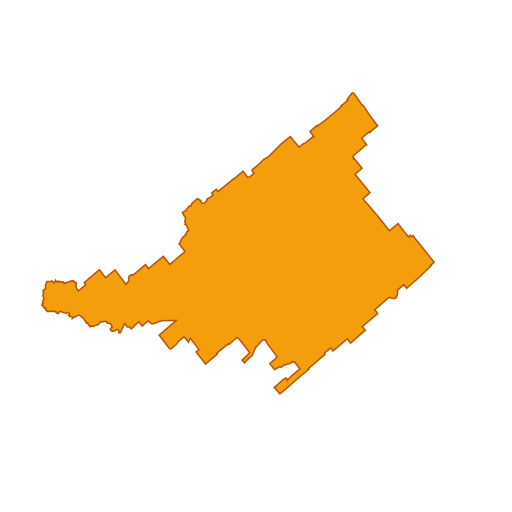 outline of Murweh, Queensland, Australia, rotated 224°
{"feature_id": "25037944B20792422717007", "entity_name": "Murweh", "entity_type": "district", "adm_level": 2, "iso_a3": "AUS", "parent_name": "Australia", "parent_adm1": "Queensland", "projection": "equal_earth", "projection_center": [146.659, -26.136], "detail": "fine", "context": "isolated", "style": "filled", "palette": "amber", "viewbox_px": 512, "rotation_deg": 224, "n_neighbors": 0, "source": "geoboundaries", "source_scale": "gbopen_adm2", "svg_char_len": 5995}
<svg xmlns="http://www.w3.org/2000/svg" viewBox="0 0 512 512"><g transform="rotate(224 256 256)"><path d="M143.1,173.4L143.1,174.0L142.9,174.5L142.7,175.8L140.5,200.5L139.3,211.4L140.1,211.4L138.0,233.2L139.4,233.5L138.4,241.8L134.6,241.2L132.8,259.8L127.4,259.1L125.8,278.5L129.0,278.9L129.2,278.7L129.7,278.9L130.5,278.8L128.5,299.2L133.3,299.9L131.5,318.9L129.3,319.7L126.2,322.3L126.5,322.9L126.5,323.9L127.0,325.5L128.5,327.9L129.8,328.6L130.7,330.9L130.3,331.4L130.2,334.2L130.0,334.4L130.1,335.1L129.9,335.4L129.8,337.9L125.2,337.4L123.8,354.8L123.9,355.5L123.6,356.2L123.8,356.4L123.5,364.4L123.4,364.6L123.3,370.8L123.9,370.8L123.5,375.2L142.4,377.8L153.3,379.0L157.2,379.8L157.3,378.0L159.3,378.2L159.5,375.7L166.8,376.5L176.4,378.0L177.5,366.8L196.8,369.4L218.8,371.4L218.0,380.7L241.5,383.6L240.7,392.8L252.8,394.3L252.8,393.4L253.6,393.5L253.5,394.4L254.5,394.6L255.0,395.1L255.6,395.2L254.2,411.2L253.6,412.9L261.9,414.1L260.9,423.8L260.0,423.6L259.0,434.1L272.4,436.3L283.4,438.7L284.7,438.3L298.6,441.0L300.1,440.1L299.3,432.2L298.1,432.1L299.1,423.2L298.5,423.1L298.6,421.4L298.8,417.7L300.5,401.9L302.2,392.2L302.8,392.3L303.7,383.0L297.2,382.0L297.3,380.8L298.0,380.9L299.1,371.4L299.9,370.0L300.6,364.2L314.4,365.7L315.8,353.5L316.0,336.3L317.6,330.6L317.7,323.5L318.3,317.8L318.7,316.9L318.5,315.1L318.1,314.6L314.9,314.1L315.5,308.1L317.0,306.9L324.2,308.0L325.5,295.9L325.8,296.0L328.1,275.9L331.0,276.4L331.6,270.5L329.3,270.1L329.6,267.0L330.8,262.8L329.7,261.5L329.7,259.2L330.2,257.6L332.0,256.3L333.7,257.0L334.4,257.6L335.2,256.9L337.0,257.2L338.0,256.4L338.7,249.4L338.4,249.1L338.0,247.5L337.7,247.3L337.8,246.5L338.6,245.5L338.5,244.9L338.8,244.7L338.4,242.4L338.4,241.0L337.8,240.5L337.8,240.1L338.9,237.7L339.1,236.2L338.5,235.8L336.8,235.6L336.1,235.0L334.8,234.9L334.4,235.3L334.0,234.9L333.6,234.8L330.9,231.2L330.2,230.8L329.7,230.8L329.4,230.5L329.0,229.4L327.7,229.8L327.2,229.8L326.4,229.3L326.2,229.5L325.2,229.2L324.9,228.5L324.2,228.5L323.0,227.9L322.1,227.7L322.0,227.0L322.3,226.8L322.3,226.4L322.5,226.1L322.4,225.1L321.7,223.5L321.9,222.9L321.5,222.5L321.5,217.1L320.7,214.4L319.7,212.6L319.6,212.1L319.9,211.4L310.2,209.9L312.1,190.0L322.5,191.4L324.5,172.3L329.5,173.1L331.2,156.4L332.4,156.5L333.2,153.7L332.9,152.3L330.2,149.5L330.1,147.4L329.9,145.3L347.8,148.1L349.1,135.9L359.1,137.4L361.1,117.5L358.5,117.1L359.5,107.5L361.9,107.9L363.6,108.5L364.4,109.4L365.5,110.0L366.1,111.3L366.9,111.9L367.4,111.3L368.2,111.4L368.2,111.1L368.5,111.0L369.7,111.1L370.1,111.4L370.6,110.8L370.4,110.5L370.8,110.3L371.3,110.6L371.5,110.4L371.5,109.4L372.6,107.9L372.8,106.6L373.5,106.0L374.3,104.2L374.2,103.9L374.8,103.0L375.1,103.5L375.7,103.2L375.9,103.5L376.4,103.1L376.8,103.3L376.9,103.0L377.4,102.6L377.4,102.4L378.3,102.3L378.7,102.0L378.6,101.8L378.7,101.6L379.3,101.2L379.5,100.9L380.5,100.8L380.6,100.4L380.3,100.1L380.4,99.8L381.3,99.1L381.6,99.4L381.8,98.9L382.1,98.5L383.2,99.1L382.5,97.2L382.5,96.7L382.9,96.2L383.4,96.3L383.8,96.2L383.7,96.5L385.0,96.3L385.5,96.5L386.1,95.0L386.9,94.0L388.1,93.1L388.5,92.3L388.7,91.9L387.9,90.6L388.0,90.2L387.5,89.8L387.5,89.5L387.1,88.7L386.7,88.6L385.9,87.4L384.9,86.6L384.8,85.6L385.3,83.8L384.8,83.1L384.6,83.1L384.5,82.7L383.5,82.4L383.5,81.8L382.6,80.8L382.0,79.7L380.8,78.9L379.9,78.7L378.9,77.8L378.6,77.3L378.6,77.0L378.3,75.9L377.4,75.0L377.3,74.5L376.5,74.5L376.3,74.2L376.4,73.0L376.0,72.4L376.0,71.9L375.3,71.9L374.7,72.2L373.9,71.7L373.5,71.9L372.7,71.4L371.9,71.8L371.3,72.5L371.0,72.5L370.8,72.3L370.6,71.7L369.9,71.1L369.6,71.0L368.6,71.4L368.2,71.1L367.3,71.2L366.7,71.7L366.1,72.7L365.5,73.2L365.5,73.6L365.3,73.9L364.7,74.3L364.1,74.3L363.9,75.3L362.5,75.7L361.7,77.1L360.7,76.5L360.3,76.7L358.9,76.7L358.4,77.0L358.2,77.5L358.3,78.7L358.7,79.3L358.4,80.5L357.9,80.4L357.6,80.7L357.2,80.7L356.8,81.0L355.5,81.2L354.4,82.2L352.7,83.0L352.5,83.6L352.1,84.0L352.0,84.7L351.6,85.3L349.9,85.1L349.7,84.9L349.7,83.9L349.8,83.6L349.7,83.1L348.8,83.3L348.1,82.8L347.7,83.7L347.1,83.7L346.3,84.4L345.7,84.5L345.2,84.0L344.7,83.3L344.5,84.0L344.8,85.1L344.3,85.6L344.0,86.4L343.5,86.7L342.9,89.9L342.3,90.7L336.0,91.3L333.6,90.6L333.3,90.9L333.0,90.3L332.1,89.9L331.4,89.9L331.0,90.7L330.7,90.8L330.2,90.5L329.1,90.5L328.2,90.0L326.7,90.2L326.3,89.8L326.0,90.1L326.1,91.4L325.9,91.7L325.0,91.6L324.7,91.8L324.5,92.4L323.9,92.7L323.6,93.3L323.6,94.1L322.5,96.3L322.1,96.3L321.9,96.6L321.8,97.1L321.9,99.1L322.4,100.3L321.9,101.3L321.6,101.4L321.2,101.3L320.6,101.9L320.4,102.6L319.6,103.7L318.0,105.1L317.5,105.3L316.9,104.4L316.3,104.4L314.9,105.8L312.4,106.0L311.0,105.5L310.4,104.6L309.9,104.5L310.3,103.4L310.2,102.4L309.9,102.1L307.9,101.5L306.3,102.7L305.4,104.7L305.6,105.7L305.5,106.0L304.1,107.2L303.1,107.1L301.9,105.8L301.4,105.6L300.8,105.7L300.3,106.5L303.7,116.1L303.3,116.2L299.2,115.6L297.6,117.2L295.2,116.9L294.8,121.1L295.3,122.0L295.0,122.1L295.1,122.4L294.6,127.2L289.2,126.5L288.4,134.6L284.5,134.4L282.6,136.1L281.6,138.6L281.4,138.7L281.4,139.0L280.3,141.4L279.1,143.2L279.1,143.8L268.6,154.2L270.7,131.8L253.7,129.3L252.6,130.0L251.9,138.6L252.5,139.7L251.7,147.7L251.0,147.5L250.8,147.9L244.8,147.1L245.3,147.9L246.2,151.2L232.0,149.1L232.4,145.4L217.2,143.2L215.7,158.5L216.7,158.6L216.4,161.7L214.9,173.8L214.0,173.6L213.0,184.6L205.6,183.9L193.2,182.0L193.7,171.3L189.9,171.3L190.3,172.9L189.6,181.5L192.9,190.8L192.5,191.1L192.9,195.3L193.0,199.4L192.5,200.7L190.7,202.0L189.2,201.8L188.2,201.1L171.1,198.2L171.0,196.9L170.6,195.8L170.8,193.8L170.7,193.5L170.9,192.9L171.3,188.2L163.9,187.2L163.8,187.6L163.1,188.2L163.0,188.7L163.2,189.7L162.9,190.0L162.5,192.1L162.0,192.6L161.2,192.8L161.1,193.0L161.1,193.3L160.4,194.0L160.2,195.7L160.3,196.4L160.0,196.9L160.0,197.6L159.1,198.1L158.5,200.0L157.2,201.5L157.1,202.5L156.6,203.5L156.6,204.4L156.8,204.7L155.8,205.0L155.1,206.5L146.1,205.4L147.1,195.1L147.1,188.4L147.6,189.1L149.6,189.2L150.6,186.6L151.4,175.4L151.6,175.1L151.7,174.2L143.1,173.4Z" fill="#f59e0b" stroke="#b45309" stroke-width="1.5"/></g></svg>